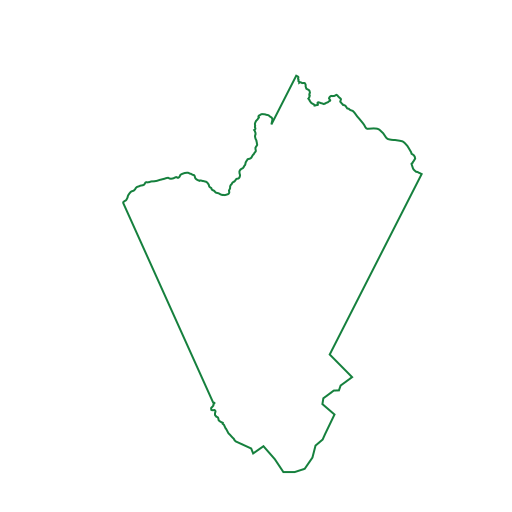 Koroba/Kopiago District, Southern Highlands, Papua New Guinea, rotated 27°
{"feature_id": "67681753B5215612812424", "entity_name": "Koroba/Kopiago District", "entity_type": "district", "adm_level": 2, "iso_a3": "PNG", "parent_name": "Papua New Guinea", "parent_adm1": "Southern Highlands", "projection": "mercator", "projection_center": [142.383, -5.438], "detail": "fine", "context": "isolated", "style": "outline", "palette": "green", "viewbox_px": 512, "rotation_deg": 27, "n_neighbors": 0, "source": "geoboundaries", "source_scale": "gbopen_adm2", "svg_char_len": 5922}
<svg xmlns="http://www.w3.org/2000/svg" viewBox="0 0 512 512"><g transform="rotate(27 256 256)"><path d="M210.0,77.1L210.0,131.8L208.8,127.3L208.3,126.5L207.7,125.9L206.8,125.5L205.1,125.4L203.8,125.0L202.9,125.0L202.3,125.1L201.2,125.5L199.7,125.7L197.2,126.7L196.6,127.1L196.2,127.5L195.4,128.9L194.8,129.7L194.8,130.4L194.9,130.7L195.3,130.9L195.5,131.1L195.5,131.4L195.7,131.5L195.4,132.4L195.4,132.8L195.4,133.5L194.9,135.0L194.7,135.9L194.8,137.4L194.9,138.4L195.4,139.4L196.0,140.1L196.0,140.3L196.2,140.6L196.2,140.9L196.7,141.9L197.4,142.4L197.7,143.0L197.7,143.3L197.6,143.9L197.2,144.6L198.1,145.1L199.6,146.5L200.0,147.1L200.2,147.6L200.2,147.8L200.4,148.0L200.5,149.1L200.8,149.9L201.4,150.6L201.5,150.8L202.4,151.8L203.4,152.5L204.1,153.1L204.5,153.8L204.9,154.1L205.9,155.6L206.3,156.0L206.6,156.5L206.6,157.5L206.4,158.2L206.4,159.9L207.1,161.1L207.7,161.8L208.1,162.4L208.2,162.7L208.2,163.2L207.8,164.9L207.8,165.9L207.7,166.6L207.5,166.8L207.3,167.9L207.2,170.6L206.6,171.7L206.2,172.2L205.5,172.8L205.3,172.9L205.0,173.2L204.6,173.6L204.6,174.3L204.4,175.6L204.3,177.3L204.5,177.8L204.5,178.1L204.8,179.0L204.9,179.5L204.9,180.2L204.7,180.6L204.6,181.9L204.7,182.0L204.5,183.4L204.3,183.8L203.4,185.1L203.0,185.8L203.0,186.3L202.8,186.6L202.8,188.0L202.9,188.3L203.7,189.7L204.9,191.0L205.2,191.5L205.4,192.2L205.5,193.0L205.6,193.4L205.5,194.1L205.3,194.6L205.0,195.1L204.6,195.4L204.1,195.7L203.7,196.1L203.4,196.7L203.3,197.7L203.1,198.8L202.9,199.5L202.7,199.6L202.7,199.8L202.0,200.7L201.7,201.5L201.7,202.3L201.6,203.4L201.3,204.0L201.3,204.5L201.3,205.3L201.4,205.8L202.1,207.3L202.2,207.8L202.2,208.3L202.2,209.4L202.2,209.9L202.5,210.4L202.9,210.8L203.3,211.4L203.4,212.1L203.4,212.6L203.3,213.0L203.0,213.6L201.6,215.0L200.8,215.7L199.7,216.3L198.9,216.5L198.4,216.9L198.0,216.9L197.6,217.1L196.2,217.2L194.4,217.1L193.8,217.2L191.8,217.7L191.3,217.7L190.8,217.6L189.2,216.9L188.2,216.9L188.2,217.0L187.1,217.0L186.4,216.8L185.5,215.9L185.1,215.7L184.3,215.7L183.2,215.5L182.6,215.1L181.4,213.8L179.2,212.7L177.5,212.5L177.2,212.7L175.1,213.1L174.8,213.3L174.5,213.3L174.1,213.5L173.2,213.6L172.5,213.8L172.1,214.0L171.8,214.4L171.6,214.4L171.4,214.7L170.9,214.6L170.5,214.8L168.6,214.8L167.1,214.5L166.3,214.0L165.5,213.1L164.9,212.5L164.1,212.1L163.7,212.1L163.3,212.3L162.8,212.4L161.9,212.4L160.8,212.3L159.8,212.6L158.0,212.6L156.9,213.0L154.7,214.5L152.9,216.4L152.3,217.2L151.8,218.2L151.9,219.9L151.7,220.8L151.5,221.0L151.1,221.7L150.6,221.9L150.0,221.9L149.9,221.8L149.4,221.9L149.1,221.9L148.4,222.6L147.2,224.2L146.0,225.2L145.1,225.8L143.9,226.2L142.2,226.2L141.2,226.9L140.8,227.3L140.5,227.5L139.1,229.0L138.6,229.3L138.2,229.8L137.8,230.0L136.8,231.0L136.4,231.3L136.1,231.5L133.5,234.1L131.3,235.7L129.0,237.0L128.3,237.6L127.4,238.6L126.6,239.1L126.2,239.5L125.4,239.9L125.0,239.9L124.6,240.2L124.3,240.5L124.1,241.0L124.1,242.0L123.9,243.1L123.7,243.6L123.2,244.0L123.1,244.3L121.2,245.7L120.8,246.1L120.4,246.7L119.0,248.1L118.5,248.7L118.1,249.8L118.0,250.4L118.0,251.4L117.5,253.0L117.1,253.6L115.7,255.0L115.2,256.0L115.2,256.4L114.9,257.3L114.6,259.4L114.6,260.5L114.7,261.3L114.9,261.7L115.0,262.4L115.0,264.7L114.8,265.5L113.8,267.0L113.3,268.4L113.8,269.2L284.3,406.0L285.4,405.7L285.7,405.8L285.8,406.1L285.5,407.0L285.5,407.7L285.8,408.3L285.9,408.7L285.5,410.4L285.1,411.3L285.1,411.9L285.4,412.5L285.8,413.0L286.1,413.4L286.9,413.3L287.9,412.8L288.9,412.1L289.6,412.2L290.0,412.4L290.4,412.8L290.6,413.2L290.7,414.0L290.8,414.6L291.2,415.4L291.6,416.2L292.0,416.5L292.4,416.7L293.0,416.8L293.5,417.2L294.7,417.1L295.1,417.1L295.7,417.4L296.2,417.9L296.9,418.8L297.2,419.2L297.9,419.5L299.0,419.7L299.9,419.8L302.1,419.7L302.2,420.3L302.4,420.6L303.8,420.9L304.1,421.0L307.3,423.5L307.7,423.5L312.0,426.5L314.0,427.1L316.3,428.0L318.0,428.6L319.2,428.9L319.6,429.3L320.0,429.4L320.5,429.9L322.2,430.4L339.1,429.7L343.1,433.2L349.0,422.1L365.0,428.5L378.5,436.1L388.6,430.9L396.0,423.5L397.8,410.0L395.1,397.9L398.7,389.3L398.4,383.3L397.9,361.6L382.4,357.8L380.6,352.2L386.4,340.6L390.9,338.1L390.2,333.0L396.6,320.3L366.4,310.3L366.4,107.8L364.1,107.8L363.4,107.9L361.8,107.8L361.1,108.0L360.6,108.3L358.4,107.8L357.0,107.3L355.9,106.5L354.0,104.6L352.7,103.3L352.7,103.0L353.3,101.7L353.1,101.1L353.5,99.1L353.4,98.9L353.6,97.0L352.3,95.4L350.8,94.6L349.6,94.4L348.2,94.3L347.1,93.1L343.2,90.6L340.9,89.2L337.5,87.9L335.5,87.4L334.2,87.4L331.6,88.1L327.3,89.5L326.1,90.1L324.4,90.8L322.2,91.5L320.4,91.9L319.4,91.8L318.1,91.4L313.6,88.9L309.2,87.6L308.1,87.4L306.6,87.5L305.5,87.8L302.9,88.9L298.9,91.3L297.5,92.1L296.4,92.2L295.0,91.6L293.0,90.2L291.1,89.2L285.6,86.8L282.8,85.7L279.3,83.9L277.9,83.3L276.3,82.8L274.1,83.1L273.2,83.1L271.8,82.7L270.3,83.1L267.6,81.6L266.4,81.5L265.7,81.7L264.9,81.9L264.5,81.7L264.2,81.4L263.1,81.2L262.2,80.7L261.3,80.4L261.0,80.2L260.5,77.7L259.5,77.2L258.6,77.1L256.5,76.4L255.7,76.0L255.1,75.9L254.5,75.9L253.9,76.7L253.6,77.2L253.2,77.7L252.8,78.1L251.9,78.5L251.4,78.9L250.6,79.1L250.0,79.6L249.5,80.7L249.4,81.8L249.5,82.4L249.8,82.6L251.4,83.5L251.5,83.7L251.5,84.1L250.8,85.0L250.3,86.3L249.7,87.0L249.0,87.7L248.4,88.8L248.0,89.0L247.5,89.8L246.9,89.9L245.7,90.0L244.9,90.2L244.2,90.4L243.3,90.4L241.8,90.7L241.4,91.1L241.3,91.6L241.6,92.1L242.2,92.6L242.5,93.2L242.3,93.5L240.4,94.8L240.2,95.3L239.8,95.4L239.6,95.0L239.0,94.7L236.4,94.6L235.4,94.4L233.2,93.2L232.8,92.7L232.4,92.6L231.7,92.3L231.2,92.0L231.4,91.5L231.3,90.7L231.4,89.9L231.2,89.2L230.9,89.0L230.9,88.4L230.3,88.1L230.0,87.5L230.0,86.7L229.9,86.0L228.6,84.5L228.0,84.2L227.2,84.1L226.0,84.1L225.0,84.1L224.7,83.9L224.2,83.3L223.4,82.6L223.0,82.0L222.8,81.4L222.5,80.9L221.9,80.4L221.2,79.9L220.6,79.9L219.8,80.3L218.6,81.0L217.6,80.9L216.8,81.0L216.4,81.2L215.9,82.0L215.5,81.1L214.5,81.0L214.1,80.4L214.0,80.0L213.8,79.5L213.3,79.3L213.0,79.0L212.8,77.9L212.4,77.3L211.7,77.1L210.0,77.1Z" fill="none" stroke="#15803d" stroke-width="2"/></g></svg>